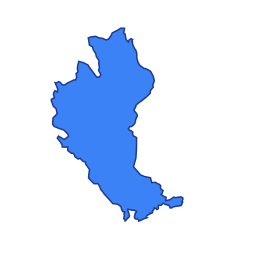 Peristerona Pafou, Paphos, Cyprus (Natural Earth projection), rotated 137°
{"feature_id": "46923920B18196113028604", "entity_name": "Peristerona Pafou", "entity_type": "district", "adm_level": 2, "iso_a3": "CYP", "parent_name": "Cyprus", "parent_adm1": "Paphos", "projection": "natural_earth1", "projection_center": [32.486, 34.995], "detail": "fine", "context": "isolated", "style": "filled", "palette": "blue", "viewbox_px": 256, "rotation_deg": 137, "n_neighbors": 0, "source": "geoboundaries", "source_scale": "gbopen_adm2", "svg_char_len": 3178}
<svg xmlns="http://www.w3.org/2000/svg" viewBox="0 0 256 256"><g transform="rotate(137 128 128)"><path d="M135.6,39.6L136.2,41.5L138.0,42.8L140.6,44.5L141.8,46.4L144.5,46.6L146.2,47.0L150.0,49.0L147.4,51.4L148.3,53.3L149.1,56.8L147.7,57.0L145.1,58.2L145.5,60.6L144.9,62.5L143.5,63.4L143.5,65.4L144.4,67.3L145.1,69.7L147.9,71.9L145.5,76.3L149.1,81.3L150.8,85.3L150.5,95.8L142.8,100.6L136.6,106.4L128.3,115.1L128.7,116.6L129.4,118.6L128.8,120.5L127.3,121.6L127.6,124.1L128.4,125.3L128.4,127.1L127.3,127.3L125.9,127.8L124.4,126.7L122.6,126.4L120.1,126.6L116.1,129.2L112.9,130.4L111.9,132.7L111.7,135.9L111.4,137.3L110.2,137.4L107.7,138.4L106.3,139.3L102.9,139.1L98.6,138.5L94.4,138.2L91.5,138.2L88.1,138.2L86.1,140.0L81.6,140.7L80.6,142.5L76.7,144.5L75.3,146.6L74.1,149.2L72.8,154.1L74.0,158.1L75.7,161.0L76.6,165.4L76.1,168.4L74.5,172.1L72.9,174.2L70.7,176.6L69.5,178.9L68.8,182.3L67.5,186.1L65.9,188.2L66.0,188.7L64.2,189.6L64.9,191.2L66.9,191.6L69.1,190.8L69.1,193.3L68.4,195.2L67.1,197.1L66.1,198.4L66.4,200.4L62.5,203.3L65.3,206.0L68.2,206.4L74.6,208.3L77.8,207.0L81.5,206.3L83.9,207.2L85.4,210.8L87.9,213.9L89.1,217.1L93.1,220.0L94.7,220.6L95.6,221.0L95.9,220.5L97.7,217.8L99.7,214.9L98.6,211.8L100.2,208.3L100.9,204.4L102.5,201.7L103.3,196.9L105.4,195.2L107.6,191.8L110.3,190.2L111.3,185.7L114.1,184.7L116.2,186.7L115.4,193.4L114.9,198.3L114.3,201.5L116.1,206.3L118.6,210.3L122.4,207.8L124.8,205.7L126.3,203.1L128.9,203.2L130.8,200.2L133.6,198.9L134.9,200.1L139.2,201.4L141.1,202.1L145.2,202.7L146.5,204.2L146.5,207.9L147.1,209.2L149.6,209.8L150.4,210.8L152.7,204.7L155.1,202.4L156.0,205.1L158.3,204.5L159.9,203.1L161.2,200.2L164.4,201.3L165.6,200.1L166.1,198.6L166.3,198.0L167.7,195.1L167.5,190.9L168.7,189.1L170.1,186.7L175.9,186.5L180.5,182.3L180.9,179.6L179.2,175.6L176.3,170.3L176.2,168.4L176.2,164.2L177.3,162.4L182.5,163.1L184.3,169.5L186.6,168.9L187.0,163.8L187.7,160.4L189.1,158.9L185.1,155.1L187.4,152.5L186.7,148.2L185.6,147.3L185.4,145.0L186.4,143.2L185.9,140.5L185.6,139.3L183.7,138.4L183.7,136.4L183.7,134.7L182.3,131.9L183.5,130.8L184.5,123.8L188.3,120.8L191.0,118.2L191.0,114.3L190.8,110.4L187.9,107.7L188.7,104.2L189.9,101.6L190.0,98.4L190.4,95.8L190.5,87.9L190.7,83.1L187.5,79.3L186.8,75.3L188.5,72.3L188.8,70.4L187.8,69.2L187.6,68.7L188.3,68.5L189.1,68.2L189.5,67.8L189.9,67.4L190.0,66.9L190.6,66.4L192.9,64.6L192.8,64.3L192.9,63.7L193.1,62.7L193.5,62.0L192.8,61.9L191.0,62.1L189.7,62.4L189.1,62.0L187.6,62.3L186.6,62.9L186.1,64.4L185.2,65.5L184.8,67.2L183.4,68.7L183.1,67.9L182.2,67.0L181.5,65.6L178.9,62.7L178.8,61.5L179.1,60.7L180.5,60.9L181.4,60.5L181.9,60.0L183.3,59.1L184.3,58.2L184.5,57.5L184.6,56.5L184.4,56.1L183.3,55.2L183.0,53.6L183.7,52.6L180.6,51.4L179.3,51.1L178.0,50.7L175.4,49.5L175.7,50.1L174.8,50.6L174.0,51.1L173.4,50.9L172.2,50.7L170.5,50.2L170.1,50.7L168.8,49.4L167.4,49.6L166.9,50.4L164.4,50.9L163.3,51.6L163.0,50.8L162.3,50.2L162.5,49.6L162.5,48.7L162.0,48.5L160.8,48.4L158.7,50.7L156.4,48.9L153.6,49.0L153.1,47.4L152.3,45.8L150.8,43.4L151.1,42.3L151.7,40.8L150.8,39.9L148.3,39.3L145.6,37.5L144.2,36.4L143.0,35.8L141.9,35.0L138.5,36.5L138.9,37.3L136.3,38.5L135.6,39.6Z" fill="#3b82f6" stroke="#1e3a8a" stroke-width="1.5"/></g></svg>